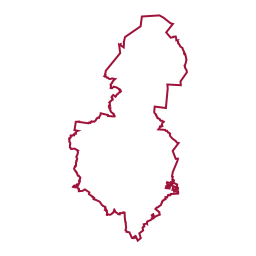 the district of Pinos, Zacatecas, Mexico
{"feature_id": "50627088B58553371537", "entity_name": "Pinos", "entity_type": "district", "adm_level": 2, "iso_a3": "MEX", "parent_name": "Mexico", "parent_adm1": "Zacatecas", "projection": "albers", "projection_center": [-101.589, 22.273], "detail": "fine", "context": "isolated", "style": "outline", "palette": "rose", "viewbox_px": 256, "rotation_deg": 0, "n_neighbors": 0, "source": "geoboundaries", "source_scale": "gbopen_adm2", "svg_char_len": 5819}
<svg xmlns="http://www.w3.org/2000/svg" viewBox="0 0 256 256"><path d="M140.8,238.1L139.3,233.3L143.1,230.5L142.6,227.7L143.6,227.0L143.5,226.6L144.3,226.3L143.7,224.3L146.9,223.5L147.1,223.7L147.0,222.1L147.3,221.9L147.4,221.4L150.4,220.2L152.1,219.0L151.9,218.5L153.1,218.4L151.8,215.2L152.8,214.4L153.2,214.2L154.4,217.4L156.0,216.2L159.8,214.6L159.3,213.1L159.4,212.2L155.4,209.0L155.6,208.5L156.1,208.3L157.1,207.3L157.7,207.4L158.3,207.1L159.2,206.1L160.9,205.1L161.4,203.4L161.9,203.0L161.9,202.3L162.2,201.8L162.1,201.5L162.7,201.0L162.7,200.6L163.4,200.5L164.1,199.8L164.5,199.7L164.7,199.1L165.6,199.1L165.5,197.1L167.2,197.4L167.9,195.2L168.4,194.9L169.1,195.2L170.0,195.0L169.9,195.2L170.4,195.2L170.7,194.0L178.0,193.6L177.9,193.0L178.2,192.9L178.1,191.7L177.5,191.7L177.6,191.2L174.1,191.5L174.2,189.5L172.5,189.8L173.3,186.2L175.4,187.1L175.7,186.9L175.4,189.3L177.9,189.0L178.0,187.8L176.9,187.0L177.2,184.5L172.7,182.5L172.0,185.7L170.3,184.9L169.6,188.5L165.8,188.0L166.3,186.1L168.7,186.4L168.9,185.0L167.3,184.8L167.6,183.1L166.9,182.9L167.1,182.2L170.6,183.2L170.8,182.3L171.5,182.6L171.9,182.2L172.1,182.3L172.6,180.6L173.8,181.1L173.9,180.2L172.3,179.6L172.8,176.8L172.0,176.5L172.1,175.9L172.8,172.0L177.5,160.7L177.9,158.7L175.7,158.8L172.7,150.9L178.6,143.0L176.8,142.5L175.4,140.6L175.0,140.5L172.3,138.5L170.4,136.3L169.8,134.9L170.1,133.6L169.2,132.8L168.3,132.7L168.2,132.3L167.8,132.1L167.0,130.8L165.9,130.9L165.5,130.6L165.2,129.9L158.4,129.4L159.2,128.5L159.5,127.8L159.7,127.6L160.0,126.3L160.3,126.2L160.9,126.7L162.4,126.1L162.4,125.8L161.8,124.8L162.1,124.0L162.2,123.2L163.0,122.4L163.7,122.0L163.8,121.7L162.8,121.3L162.1,120.7L160.7,120.8L160.1,120.2L160.0,119.4L159.6,119.0L158.2,118.5L157.6,118.1L157.9,117.8L157.0,116.9L156.7,116.1L156.3,115.9L156.2,114.9L155.9,114.9L155.5,113.9L154.8,113.3L154.4,112.7L154.2,111.8L154.7,106.6L165.9,108.0L167.7,88.5L167.4,84.5L180.8,85.2L180.5,81.4L186.9,72.3L186.7,70.6L184.9,67.4L185.1,67.2L185.0,66.7L184.6,65.7L185.0,65.5L185.1,64.6L185.6,63.4L186.1,61.3L186.2,60.2L186.5,59.9L185.2,54.1L184.5,54.3L184.0,53.4L184.0,52.9L184.3,52.4L184.2,52.0L183.0,49.9L182.5,48.0L180.6,46.7L179.9,45.8L179.7,45.0L179.3,44.7L178.9,43.7L178.4,43.6L178.1,43.3L178.0,42.5L178.2,41.6L177.5,40.8L177.1,40.5L177.3,40.3L176.3,40.4L176.1,37.8L175.7,36.5L174.1,36.8L173.9,36.6L173.4,36.7L173.3,37.1L170.7,37.7L166.2,32.4L172.9,23.9L170.6,23.3L163.4,17.6L159.4,15.4L141.9,16.5L140.6,26.3L125.1,37.0L124.8,37.8L124.0,41.6L123.7,42.4L124.0,43.3L123.7,47.4L120.8,45.4L120.7,44.1L119.4,44.8L119.1,44.6L120.2,53.1L105.7,70.9L105.6,72.5L105.0,74.1L105.5,74.6L105.6,75.0L105.2,75.6L104.3,76.2L104.7,76.5L104.8,76.3L105.4,76.3L106.5,77.0L107.1,77.8L107.9,77.7L108.7,78.6L109.8,79.0L111.0,78.8L112.1,78.4L112.8,78.5L113.4,78.8L115.1,79.0L113.2,80.7L113.2,81.0L112.5,81.7L112.3,82.8L111.7,83.1L111.4,83.8L110.6,84.4L110.6,85.2L111.1,85.8L110.6,88.0L111.2,88.2L112.0,88.2L113.8,86.7L116.5,87.4L119.3,89.1L118.9,89.2L119.8,90.5L120.9,91.1L121.0,91.3L119.9,92.3L119.5,92.2L119.3,92.3L117.8,94.0L116.9,94.4L116.8,94.8L115.6,96.3L115.7,96.5L115.4,96.7L113.3,95.0L112.4,95.8L111.5,97.2L112.5,98.2L112.2,98.6L112.7,99.7L112.5,99.8L112.2,99.4L111.5,100.4L110.7,101.2L110.4,101.2L109.4,102.4L109.9,102.6L109.8,103.8L110.1,105.8L109.0,105.7L108.8,106.9L109.5,107.8L109.5,108.4L110.4,108.3L110.2,110.4L110.8,111.1L110.8,111.5L111.4,112.3L112.4,112.9L113.4,114.1L113.7,114.0L114.7,116.2L114.5,116.5L107.9,116.0L107.9,115.0L100.7,113.3L100.4,115.0L99.1,117.2L99.0,117.9L97.6,117.7L97.1,118.5L96.7,118.5L96.3,119.1L95.8,120.2L95.2,120.9L94.2,121.7L93.7,121.5L92.7,121.6L91.8,121.4L91.6,121.9L90.7,121.8L90.7,122.3L90.4,122.3L90.2,122.9L88.8,122.7L88.5,123.3L78.8,121.9L78.9,121.6L75.8,121.8L74.5,130.1L77.8,130.8L76.3,131.3L75.9,133.7L74.7,133.5L74.6,133.9L74.3,133.8L73.9,134.6L74.4,134.7L74.2,135.3L73.8,135.2L73.6,135.0L72.9,135.1L72.8,135.3L72.1,135.8L71.1,135.3L70.6,135.6L70.7,137.5L69.6,138.0L69.7,138.4L69.2,138.6L69.1,139.3L69.5,139.8L69.4,140.5L69.5,140.8L69.2,141.6L70.1,142.6L70.3,143.3L70.0,144.4L70.2,144.8L70.0,145.2L69.9,147.6L71.1,148.4L71.2,149.0L74.5,148.6L78.1,150.6L77.6,151.2L78.0,152.4L77.8,153.3L77.6,153.5L77.7,154.0L76.5,156.5L76.6,157.1L76.4,157.2L77.2,158.7L77.0,159.9L76.3,160.6L76.3,161.3L76.5,161.5L75.9,162.5L76.1,165.4L75.8,166.0L75.4,165.8L75.0,166.0L74.8,166.5L74.9,167.3L74.4,167.7L74.1,168.7L74.2,169.2L75.1,170.5L75.4,170.7L75.6,171.4L76.2,171.7L76.3,172.2L76.5,172.2L76.7,172.7L76.9,172.8L77.5,175.0L77.9,175.5L78.0,175.3L78.5,175.5L80.3,177.5L80.0,178.5L80.1,178.9L79.9,179.7L79.3,180.1L79.0,180.7L79.2,181.0L79.7,180.9L79.9,181.5L79.2,182.1L79.4,182.4L79.1,183.1L79.1,183.7L78.6,184.0L78.4,184.2L78.2,184.8L78.0,184.7L78.1,185.0L77.3,185.3L76.5,185.0L76.3,185.3L75.4,185.7L75.0,185.5L74.0,185.7L73.8,186.3L73.2,186.5L73.0,186.9L75.4,187.4L77.4,187.2L77.3,187.5L78.4,188.7L78.6,188.7L78.6,189.3L79.0,189.3L78.9,191.2L82.8,190.8L84.8,189.4L89.4,192.4L88.9,194.1L92.8,196.7L92.6,197.0L94.0,197.7L93.7,198.2L94.0,198.4L93.6,199.1L94.7,199.6L94.8,199.5L95.9,199.9L99.7,201.7L102.0,205.1L102.8,205.8L103.1,205.8L104.0,206.4L105.0,206.8L104.9,207.0L105.4,207.4L105.0,208.1L105.6,208.7L105.2,209.6L106.0,209.4L106.5,210.1L106.1,210.2L106.4,210.9L106.1,210.9L107.1,211.9L106.8,214.8L107.4,215.0L108.1,214.3L109.9,214.8L111.6,214.1L112.2,213.2L112.6,213.1L112.9,212.7L113.4,212.5L113.7,211.2L114.3,209.7L114.8,210.4L115.5,212.1L117.3,213.2L118.0,214.0L118.9,214.3L119.7,214.4L119.8,213.1L120.0,213.0L121.7,213.2L122.8,212.6L122.9,212.9L124.0,212.9L124.1,212.5L124.6,212.6L124.8,217.9L125.4,222.3L125.7,222.3L125.8,223.2L125.8,225.2L126.2,227.3L125.5,230.4L126.4,230.9L126.5,231.9L129.4,232.3L131.9,237.9L133.9,238.2L134.0,238.1L133.5,237.3L135.2,236.1L135.7,237.3L136.1,236.9L137.7,240.6L140.8,238.1Z" fill="none" stroke="#9f1239" stroke-width="2"/></svg>